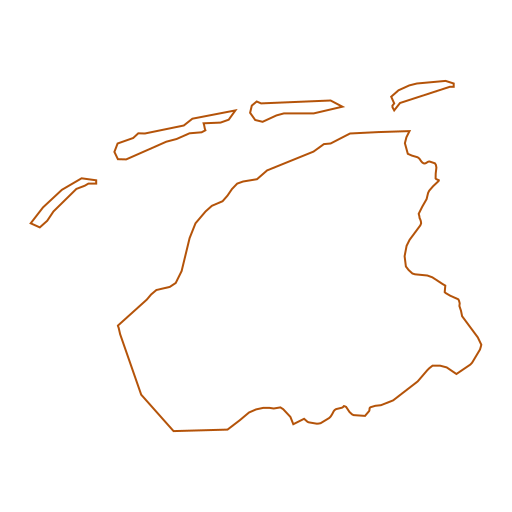 an SVG outline of Friesland
{"feature_id": "NLD-895", "entity_name": "Friesland", "entity_type": "Province", "adm_level": 1, "iso_a3": "NLD", "parent_name": "Netherlands", "parent_adm1": "", "projection": "mercator", "projection_center": [5.86, 53.152], "detail": "fine", "context": "isolated", "style": "outline", "palette": "amber", "viewbox_px": 512, "rotation_deg": 0, "n_neighbors": 0, "source": "natural_earth", "source_scale": "10m", "svg_char_len": 2593}
<svg xmlns="http://www.w3.org/2000/svg" viewBox="0 0 512 512"><path d="M117.9,325.6L146.8,299.6L151.1,294.5L156.4,290.0L169.8,286.9L175.7,283.0L181.6,271.1L189.6,238.1L195.5,223.3L205.6,211.4L211.9,205.8L222.6,201.2L227.5,195.6L232.0,189.0L237.2,183.6L243.1,181.5L257.0,179.2L267.1,170.4L313.5,151.6L323.9,144.1L330.6,143.5L350.0,133.5L378.0,132.1L409.5,131.1L406.4,137.3L404.9,143.2L407.8,153.8L411.9,155.6L417.4,157.2L418.4,157.8L419.5,158.8L421.2,161.3L422.4,162.6L423.4,163.2L424.2,163.5L425.1,163.4L426.1,163.0L427.8,161.9L428.6,161.6L429.5,161.5L434.9,163.3L435.9,164.9L436.4,167.6L435.7,173.6L435.6,178.4L436.1,179.0L436.9,179.4L438.8,180.2L438.8,180.7L438.0,181.6L433.1,186.2L429.2,190.7L428.1,192.9L426.6,199.1L422.3,206.6L418.7,213.8L419.3,216.0L419.6,218.1L420.2,219.3L420.7,220.7L421.0,222.1L421.1,223.4L420.3,225.4L409.6,239.8L406.6,245.8L404.6,256.2L405.9,266.5L408.6,270.0L412.4,273.5L415.0,274.3L427.3,275.5L432.3,277.3L442.7,284.1L445.3,285.6L444.7,292.1L445.6,293.0L450.2,295.7L458.3,299.3L459.0,300.7L459.7,303.3L459.4,306.0L461.0,310.8L462.1,316.2L477.8,337.4L481.3,344.7L480.8,346.8L480.0,349.5L472.1,362.7L470.3,364.6L456.4,374.0L446.7,367.4L440.2,365.7L432.5,365.7L429.3,368.2L427.3,370.2L417.7,381.4L393.1,400.4L380.9,405.2L375.3,405.8L370.6,407.2L369.9,407.7L369.6,408.3L369.4,410.4L369.1,411.1L365.0,415.9L353.6,415.1L352.1,414.4L349.5,412.0L346.1,406.9L344.5,406.2L343.8,406.1L343.1,407.0L342.0,407.7L336.1,409.1L334.7,410.0L333.7,411.2L332.9,412.8L331.9,414.6L330.6,416.6L329.2,418.0L320.6,423.2L318.4,423.6L316.8,423.7L308.6,422.3L307.5,421.8L304.1,418.8L293.3,424.2L290.4,416.9L283.2,409.2L280.4,407.4L274.4,408.4L273.7,408.5L269.7,407.9L263.1,407.9L256.1,409.4L249.0,412.5L239.7,420.3L227.5,429.6L173.6,431.1L173.1,430.6L141.2,394.7L120.1,334.1L119.7,332.3L118.6,327.6L118.0,326.1L117.9,325.6ZM188.6,121.7L192.4,118.7L235.4,110.4L228.7,119.7L220.5,122.6L203.6,123.3L204.1,125.0L204.8,128.6L205.4,130.3L201.6,132.3L189.5,133.3L176.6,139.0L166.3,141.7L126.2,159.4L117.9,159.2L114.4,151.9L117.6,143.5L133.2,138.0L138.3,133.3L144.9,133.5L183.8,125.5L188.6,121.7ZM261.1,103.4L330.6,100.5L342.4,106.7L313.7,113.4L283.9,113.4L276.5,115.4L262.6,121.8L255.2,120.0L250.1,112.8L251.8,105.6L256.7,101.5L261.1,103.4ZM416.9,83.5L445.6,80.9L453.7,83.5L453.7,86.8L449.8,86.8L400.0,103.0L394.2,110.4L392.5,107.3L392.4,105.7L394.2,103.4L391.2,96.7L398.5,90.3L409.3,85.4L416.9,83.5ZM30.7,223.3L43.0,207.4L61.9,189.8L81.6,178.3L96.2,180.3L96.2,183.6L88.4,183.6L84.8,185.7L76.4,188.9L53.5,211.4L47.2,220.8L39.8,227.4L30.7,223.3Z" fill="none" stroke="#b45309" stroke-width="2"/></svg>